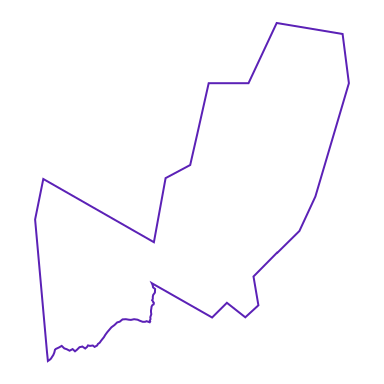 Unggai/Benna District, Eastern Highlands, Papua New Guinea
{"feature_id": "67681753B48115822979868", "entity_name": "Unggai/Benna District", "entity_type": "district", "adm_level": 2, "iso_a3": "PNG", "parent_name": "Papua New Guinea", "parent_adm1": "Eastern Highlands", "projection": "natural_earth1", "projection_center": [145.385, -6.1], "detail": "fine", "context": "isolated", "style": "outline", "palette": "violet", "viewbox_px": 384, "rotation_deg": 0, "n_neighbors": 0, "source": "geoboundaries", "source_scale": "gbopen_adm2", "svg_char_len": 1217}
<svg xmlns="http://www.w3.org/2000/svg" viewBox="0 0 384 384"><path d="M47.9,361.0L49.8,359.7L50.9,358.7L52.1,356.8L53.3,355.0L54.3,352.6L55.0,349.7L55.9,348.9L58.9,347.5L61.7,345.9L64.3,348.4L66.7,349.2L69.6,350.7L72.6,349.1L75.0,351.3L76.9,349.8L79.5,347.2L81.4,346.8L82.3,346.5L85.2,348.5L87.0,347.0L88.0,345.4L90.0,345.9L92.8,345.5L94.6,346.9L97.1,345.5L97.9,344.0L99.7,342.7L101.1,340.7L103.9,337.2L105.4,334.7L107.4,332.0L109.2,329.9L111.4,327.3L114.4,325.1L117.2,322.4L119.7,321.7L122.5,319.4L125.9,319.2L128.8,319.7L130.9,319.9L134.1,319.2L137.6,319.7L139.7,320.7L142.7,321.8L145.1,321.8L146.6,321.2L149.7,322.3L150.2,321.6L149.8,320.7L150.5,319.1L150.3,317.2L151.3,314.2L151.0,312.0L151.0,310.3L151.3,308.8L151.6,306.5L152.4,305.1L153.6,304.4L153.9,303.0L153.2,302.3L153.2,301.6L152.1,300.3L152.8,298.9L152.8,296.7L153.2,294.9L154.9,292.6L155.1,289.0L153.1,287.4L152.6,284.9L151.8,283.2L212.1,317.5L226.9,302.8L245.3,317.3L258.4,305.3L253.5,276.5L277.1,252.6L277.3,252.8L299.4,231.0L315.4,196.5L348.9,83.2L342.6,34.0L276.7,23.0L248.5,83.2L208.7,83.2L197.3,133.9L190.2,165.0L165.6,178.1L153.9,242.2L90.2,205.8L43.3,179.0L35.1,219.5L47.0,352.2L47.9,361.0Z" fill="none" stroke="#5b21b6" stroke-width="2"/></svg>